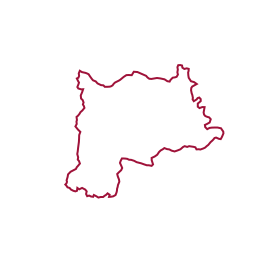 Panamá, Goiás, Brazil (orthographic projection), rotated 134°
{"feature_id": "56859067B57498470655499", "entity_name": "Panamá", "entity_type": "district", "adm_level": 2, "iso_a3": "BRA", "parent_name": "Brazil", "parent_adm1": "Goiás", "projection": "orthographic", "projection_center": [-49.405, -18.21], "detail": "fine", "context": "isolated", "style": "outline", "palette": "rose", "viewbox_px": 256, "rotation_deg": 134, "n_neighbors": 0, "source": "geoboundaries", "source_scale": "gbopen_adm2", "svg_char_len": 2871}
<svg xmlns="http://www.w3.org/2000/svg" viewBox="0 0 256 256"><g transform="rotate(134 128 128)"><path d="M45.5,132.5L46.4,134.1L47.9,135.5L49.9,134.7L51.4,132.7L53.6,131.2L54.9,129.2L57.4,128.6L58.8,129.3L60.8,130.8L64.0,130.8L65.7,130.3L67.0,132.2L67.6,135.5L69.9,139.2L71.9,141.9L76.4,145.2L77.8,146.9L78.1,149.1L77.9,151.2L81.2,160.1L83.5,162.9L87.4,162.0L89.4,164.3L91.1,165.9L94.2,166.6L98.7,167.1L100.3,167.5L104.2,168.9L106.0,169.0L108.1,168.7L110.1,169.3L111.5,170.3L114.5,173.3L114.4,175.3L115.9,177.2L117.1,180.9L116.9,183.6L118.0,186.3L117.8,188.2L117.3,191.0L116.7,193.7L117.2,195.3L117.9,196.9L119.8,200.0L120.3,202.4L123.0,201.3L124.4,199.4L126.3,198.6L127.9,199.2L128.9,196.5L129.4,194.8L131.0,194.0L133.7,192.9L134.1,191.2L132.7,188.5L131.3,187.2L134.0,185.9L137.4,184.6L139.4,182.2L139.4,180.0L140.5,177.7L142.4,176.8L142.9,174.9L143.8,173.3L147.1,173.0L149.6,173.2L151.6,172.7L153.9,172.5L155.8,172.7L157.7,170.3L159.2,169.5L160.7,167.7L163.4,166.9L163.9,162.8L163.9,159.6L167.0,158.2L169.3,156.1L172.2,153.6L176.8,150.2L179.9,147.8L182.0,146.4L183.7,143.5L185.6,142.2L185.8,140.3L187.0,137.9L189.5,137.7L191.9,137.6L193.6,137.0L199.3,138.9L203.0,138.9L205.2,137.4L208.3,135.8L209.1,134.5L210.6,133.8L212.2,133.8L212.3,132.1L212.7,130.3L211.7,128.4L211.9,126.3L211.1,123.6L210.1,121.8L208.6,121.1L206.3,122.8L206.0,120.5L203.0,119.4L202.0,116.0L202.3,113.7L204.6,112.3L205.4,110.0L203.6,109.0L203.0,107.1L201.7,105.3L199.9,106.0L199.1,103.4L198.6,101.0L196.6,99.7L194.8,97.9L193.2,97.8L191.3,97.3L189.2,97.3L188.8,94.8L190.7,93.8L189.4,92.6L187.5,91.2L184.9,90.4L182.3,91.5L180.8,92.4L179.2,93.7L177.6,94.5L176.0,95.6L172.7,96.9L171.3,98.7L170.6,100.2L169.9,101.7L168.6,103.8L166.5,103.8L163.1,103.6L160.8,104.4L159.8,106.7L158.7,109.5L156.6,110.5L154.1,111.2L152.1,109.0L150.7,107.1L150.1,105.2L148.7,103.6L147.3,100.7L146.6,98.1L144.2,93.9L143.0,91.2L141.7,88.5L140.4,87.2L138.8,84.7L136.8,84.7L134.7,88.6L133.1,90.2L130.0,89.0L126.9,88.4L123.7,89.0L121.4,88.9L119.1,88.2L117.2,87.9L116.1,85.3L114.7,83.4L114.0,80.9L112.5,78.2L110.0,76.9L106.9,75.5L103.4,75.2L101.7,74.6L100.5,72.3L98.6,71.4L95.9,67.6L95.1,66.1L95.8,63.9L94.1,62.3L93.2,61.0L90.4,59.6L88.5,58.9L86.4,58.8L84.5,58.5L80.7,58.8L78.5,58.6L76.9,58.6L75.1,58.8L73.7,58.0L72.6,55.0L71.6,53.6L69.6,54.1L67.9,54.7L65.6,55.6L64.4,57.0L64.0,59.1L63.6,60.9L65.4,63.8L67.8,66.3L69.3,67.8L71.3,69.4L73.8,70.2L73.7,73.1L72.4,74.8L70.3,74.0L67.3,73.1L64.2,74.6L64.0,77.0L65.0,78.9L65.7,80.7L65.5,82.6L64.3,84.4L59.8,87.4L61.3,89.1L64.0,90.4L64.2,92.6L61.9,94.8L59.8,94.5L58.1,94.4L56.7,95.8L56.6,97.9L58.1,98.7L59.8,98.5L63.0,99.3L62.5,101.4L61.2,102.3L59.5,104.8L58.8,106.3L57.0,108.9L55.2,110.3L53.6,110.6L48.6,109.1L49.1,112.4L50.6,115.2L49.7,119.2L48.3,121.1L46.3,123.3L44.8,124.1L43.3,125.4L44.3,127.2L46.4,128.5L46.8,130.8L45.5,132.5Z" fill="none" stroke="#9f1239" stroke-width="2"/></g></svg>